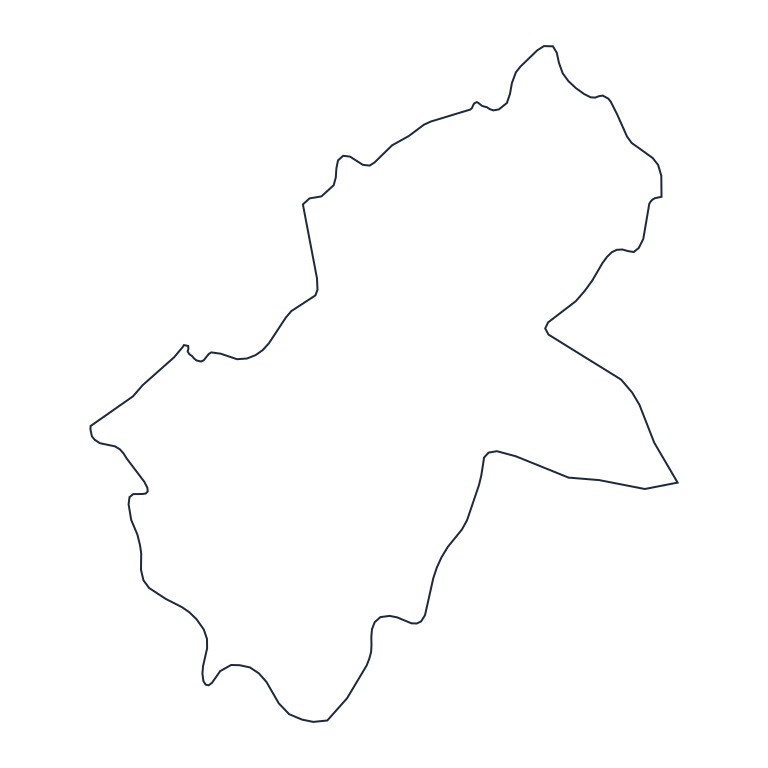 an SVG outline of Hà Giang
{"feature_id": "VNM-512", "entity_name": "Hà Giang", "entity_type": "Province", "adm_level": 1, "iso_a3": "VNM", "parent_name": "Vietnam", "parent_adm1": "", "projection": "robinson", "projection_center": [104.964, 22.767], "detail": "fine", "context": "isolated", "style": "outline", "palette": "slate", "viewbox_px": 768, "rotation_deg": 0, "n_neighbors": 0, "source": "natural_earth", "source_scale": "10m", "svg_char_len": 2335}
<svg xmlns="http://www.w3.org/2000/svg" viewBox="0 0 768 768"><path d="M543.9,46.1L552.9,46.3L556.8,52.8L558.9,62.7L562.7,73.3L568.4,81.1L576.0,88.2L583.9,93.9L590.6,97.3L595.2,97.6L598.9,96.2L602.7,95.6L608.3,98.6L610.7,101.6L617.1,114.3L627.0,136.5L631.6,142.9L652.7,158.0L654.7,160.6L658.1,164.9L661.3,175.8L661.5,196.8L654.9,198.2L652.8,199.4L650.9,201.2L649.3,203.7L643.3,238.9L638.8,247.9L633.8,252.0L628.0,251.1L622.4,249.5L616.8,249.8L611.8,252.2L607.0,256.9L602.5,263.0L592.3,280.5L584.8,290.8L575.9,301.1L548.1,322.4L545.2,328.4L548.5,334.6L621.1,379.6L632.2,392.6L639.4,404.7L654.2,442.6L677.6,482.6L644.8,489.0L599.2,480.1L568.5,477.6L515.6,456.2L496.9,451.2L488.6,452.6L484.1,457.5L481.3,475.4L479.0,485.0L467.1,520.1L462.0,529.4L447.8,546.9L441.5,557.3L436.8,567.6L433.3,578.2L425.0,615.2L421.1,621.4L416.8,623.5L411.4,623.3L397.3,617.4L389.6,615.9L380.4,617.1L374.7,622.2L372.0,629.1L371.3,637.1L371.5,644.8L371.1,652.0L369.3,658.7L366.7,665.4L347.1,698.2L327.3,720.5L313.3,721.9L302.0,719.6L289.2,714.2L278.8,703.4L266.5,682.0L258.9,673.4L249.9,667.4L239.6,665.2L231.1,665.0L220.2,671.1L212.0,682.8L208.6,685.3L205.6,684.6L203.4,681.1L202.4,673.6L203.1,665.9L207.1,648.4L207.0,639.0L203.8,629.5L196.5,619.2L189.5,612.4L182.2,607.3L165.9,599.0L149.1,588.0L143.5,580.4L141.0,569.9L141.2,553.3L140.0,545.1L137.4,534.6L131.2,519.9L128.6,504.4L129.5,497.1L133.3,494.1L142.5,494.0L145.8,493.5L147.7,491.4L147.4,487.8L144.4,481.9L126.6,458.4L123.6,453.5L119.9,449.3L114.8,446.3L99.9,443.2L94.5,439.6L91.9,436.3L90.4,429.2L90.6,426.0L133.0,396.3L142.6,385.2L174.1,357.3L182.8,346.9L183.9,345.1L188.2,346.0L188.4,348.6L187.7,351.6L189.3,354.1L192.2,356.2L194.1,358.5L196.4,360.4L200.9,361.5L203.7,360.3L208.7,354.0L211.3,352.4L220.7,353.7L237.0,359.2L247.0,358.5L255.6,355.1L262.7,350.1L268.9,343.3L285.8,317.6L291.3,311.1L315.4,295.4L317.5,289.7L317.0,278.4L302.9,204.4L309.5,198.4L321.4,196.4L333.7,185.2L335.8,177.4L336.4,168.3L338.0,160.4L343.2,155.8L350.0,156.6L362.8,164.8L369.6,165.6L374.5,162.5L392.1,145.3L408.8,136.0L423.9,124.7L430.9,121.5L470.4,109.5L472.1,107.9L473.0,105.5L474.3,103.3L476.8,102.1L478.2,102.8L481.8,105.7L483.3,106.3L487.0,107.3L489.9,109.2L493.4,110.4L498.9,109.4L506.9,103.0L510.0,93.8L511.9,83.1L515.9,72.3L520.6,66.4L537.3,50.3L543.9,46.1Z" fill="none" stroke="#1e293b" stroke-width="2"/></svg>